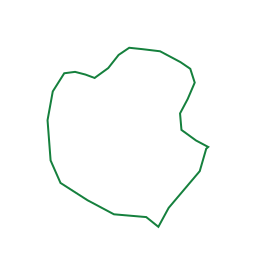 the Unitary Authority of York, rotated 28°
{"feature_id": "GBR-2120", "entity_name": "York", "entity_type": "Unitary Authority", "adm_level": 1, "iso_a3": "GBR", "parent_name": "United Kingdom", "parent_adm1": "", "projection": "orthographic", "projection_center": [-1.072, 53.949], "detail": "fine", "context": "isolated", "style": "outline", "palette": "green", "viewbox_px": 256, "rotation_deg": 28, "n_neighbors": 0, "source": "natural_earth", "source_scale": "10m", "svg_char_len": 490}
<svg xmlns="http://www.w3.org/2000/svg" viewBox="0 0 256 256"><g transform="rotate(28 128 128)"><path d="M143.3,45.2L155.2,46.5L165.6,56.6L167.1,74.3L167.1,90.7L176.1,104.6L193.9,107.1L207.7,107.1L206.8,109.6L211.6,132.4L201.4,179.4L201.2,201.0L185.9,198.1L156.1,210.8L126.2,210.8L94.2,208.2L74.9,193.0L53.3,158.9L44.4,131.0L46.0,109.6L54.9,103.3L65.3,100.8L75.0,99.5L82.4,84.4L85.4,67.9L91.4,56.6L104.0,51.5L120.3,45.2L143.3,45.2Z" fill="none" stroke="#15803d" stroke-width="2"/></g></svg>